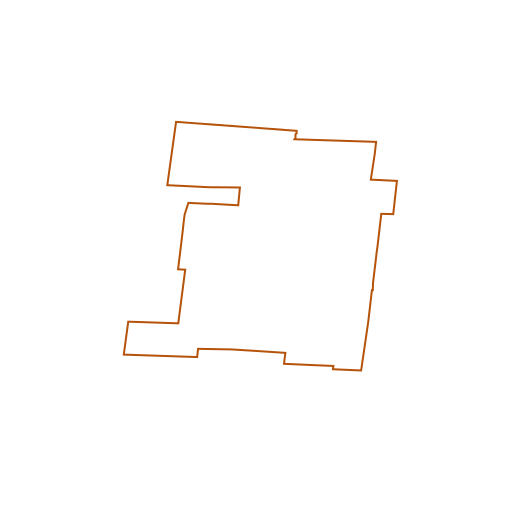 outline of Brandsen, Buenos Aires, Argentina, rotated 232°
{"feature_id": "61730980B58719049483690", "entity_name": "Brandsen", "entity_type": "district", "adm_level": 2, "iso_a3": "ARG", "parent_name": "Argentina", "parent_adm1": "Buenos Aires", "projection": "equal_earth", "projection_center": [-58.12, -35.196], "detail": "fine", "context": "isolated", "style": "outline", "palette": "amber", "viewbox_px": 512, "rotation_deg": 232, "n_neighbors": 0, "source": "geoboundaries", "source_scale": "gbopen_adm2", "svg_char_len": 1185}
<svg xmlns="http://www.w3.org/2000/svg" viewBox="0 0 512 512"><g transform="rotate(232 256 256)"><path d="M329.6,365.1L365.9,325.2L410.9,275.6L383.2,247.0L366.4,229.7L358.3,239.1L339.3,261.1L330.5,272.2L319.9,285.5L306.9,273.2L325.5,252.0L326.0,251.1L339.5,235.4L332.6,225.3L328.9,221.5L320.8,213.6L311.0,203.9L293.5,186.4L288.8,191.8L250.8,153.3L282.9,114.9L259.7,91.1L212.6,147.4L218.5,153.2L197.2,179.5L182.3,196.3L161.6,219.5L153.8,211.7L148.6,217.8L136.0,232.5L121.7,249.3L119.4,246.9L113.0,254.4L101.1,268.3L103.1,270.5L135.0,303.9L157.7,326.3L157.2,327.0L163.0,331.9L181.2,350.0L184.0,352.7L188.0,356.9L212.1,380.7L204.5,389.9L228.4,413.3L245.5,393.5L263.6,412.7L272.0,420.9L324.3,358.2L324.4,358.5L324.5,358.8L324.5,359.1L324.5,359.3L324.6,359.6L324.8,359.8L324.9,360.0L325.2,360.2L325.4,360.3L325.6,360.5L325.9,360.7L326.1,360.8L326.3,361.0L326.6,361.2L326.8,361.4L327.0,361.6L327.2,361.8L327.4,362.0L327.5,362.2L327.7,362.4L327.7,362.6L327.7,362.8L327.7,363.0L327.6,363.4L327.8,363.7L327.9,363.8L328.0,363.9L328.2,364.0L328.3,364.0L328.5,364.1L328.8,364.3L329.1,364.5L329.3,364.7L329.4,364.9L329.5,365.0L329.6,365.1Z" fill="none" stroke="#b45309" stroke-width="2"/></g></svg>